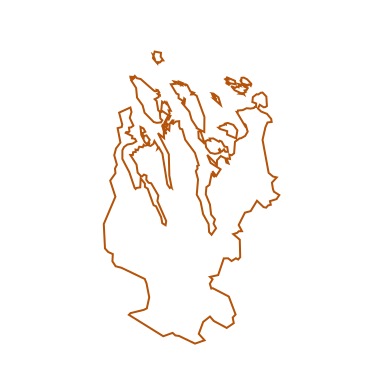 the district of Meløy nor, Nordland, Norway, rotated 72°
{"feature_id": "86288312B75314465532393", "entity_name": "Meløy nor", "entity_type": "district", "adm_level": 2, "iso_a3": "NOR", "parent_name": "Norway", "parent_adm1": "Nordland", "projection": "mercator", "projection_center": [13.563, 66.788], "detail": "fine", "context": "isolated", "style": "outline", "palette": "amber", "viewbox_px": 384, "rotation_deg": 72, "n_neighbors": 0, "source": "geoboundaries", "source_scale": "gbopen_adm2", "svg_char_len": 6043}
<svg xmlns="http://www.w3.org/2000/svg" viewBox="0 0 384 384"><g transform="rotate(72 192 192)"><path d="M195.2,285.8L218.8,292.2L223.2,290.2L226.6,286.5L233.3,289.1L239.0,287.6L242.2,282.6L260.1,263.8L264.9,263.5L278.9,265.2L288.7,270.9L289.2,274.2L288.2,287.9L289.3,290.0L320.3,263.9L320.0,254.0L323.3,252.1L324.9,248.8L337.1,236.0L336.9,225.9L329.0,229.4L319.0,221.5L316.0,213.4L321.3,211.2L332.0,201.0L329.6,192.8L324.0,192.1L322.0,188.4L302.8,189.3L289.9,202.0L289.8,203.5L284.8,203.4L281.3,199.4L278.3,201.1L279.1,192.8L265.0,182.3L266.2,178.2L269.9,175.7L268.6,170.7L270.5,169.0L268.9,166.3L252.1,161.3L244.8,165.8L244.8,161.5L243.8,159.7L244.7,156.6L237.8,157.8L228.0,148.1L228.3,142.1L220.4,132.9L228.5,128.6L229.8,126.3L228.3,123.8L228.5,121.0L224.8,120.7L224.9,113.8L221.9,109.9L217.0,114.0L214.2,114.1L207.8,113.1L204.3,106.9L202.3,110.2L197.5,113.2L164.2,108.8L153.3,102.3L149.2,98.7L150.0,94.6L147.0,94.1L140.9,96.5L136.8,101.4L132.9,103.5L130.0,100.6L133.6,97.6L133.9,96.0L133.4,94.2L124.2,91.8L119.2,94.2L118.9,95.9L119.7,98.8L119.0,100.4L120.6,104.8L125.1,106.8L127.6,103.6L130.9,104.8L130.4,106.1L131.2,107.1L130.8,110.5L129.2,114.2L129.8,118.4L128.7,123.2L130.2,123.9L129.8,124.7L145.4,121.2L144.3,120.5L144.9,120.2L151.8,120.4L155.1,124.1L156.0,128.6L155.7,130.2L157.5,135.6L168.2,140.0L169.3,142.9L167.9,144.9L172.3,145.7L170.9,148.2L171.4,148.8L176.1,148.5L174.7,150.2L170.2,149.9L166.7,153.5L169.5,158.4L173.7,159.9L161.4,166.0L170.1,165.3L179.2,157.8L184.2,164.0L178.5,166.1L184.9,165.8L181.1,167.9L190.7,173.3L191.8,176.8L198.4,179.6L209.4,178.8L219.4,180.8L225.1,178.6L228.8,181.3L233.9,180.3L238.7,186.6L235.3,188.1L227.6,186.1L216.5,188.3L203.8,186.8L196.0,188.3L182.0,182.4L173.3,181.9L171.5,179.5L168.9,179.1L168.7,177.3L155.7,177.1L140.2,182.3L129.3,181.9L128.1,183.8L125.8,183.9L120.7,182.3L120.0,185.5L120.8,187.8L120.6,188.0L120.0,187.6L119.7,187.5L121.4,188.8L120.4,190.0L118.2,187.7L117.8,188.5L120.3,192.2L126.4,194.6L123.9,196.3L126.2,198.7L121.9,198.5L121.6,199.9L126.9,200.1L127.7,198.4L128.2,198.6L127.5,200.7L132.1,201.9L125.5,206.2L149.0,202.4L169.4,208.5L181.4,210.0L180.5,210.4L181.4,210.3L180.9,210.7L181.3,211.9L177.0,213.1L146.4,208.3L139.6,209.7L140.3,211.4L138.8,210.3L131.9,212.0L134.3,213.8L135.4,217.2L134.1,219.0L131.8,216.9L133.6,220.7L133.4,222.6L132.2,223.4L134.2,225.0L132.6,228.2L135.5,230.6L134.2,232.6L136.5,233.1L136.0,235.7L138.5,236.8L137.7,239.2L148.8,236.3L156.8,237.7L161.4,235.5L161.8,234.7L160.6,232.3L162.4,230.2L166.3,231.7L169.7,230.5L171.1,228.1L185.0,225.1L189.9,227.7L211.7,225.5L215.4,227.4L212.5,229.9L206.4,229.1L194.5,230.6L192.7,232.6L175.1,233.1L172.6,235.2L169.4,234.2L163.2,236.6L171.6,239.8L171.0,243.6L171.7,244.7L170.3,245.3L153.8,245.5L139.0,248.0L130.8,245.3L128.2,242.7L126.9,238.8L127.6,233.5L126.6,229.3L123.8,229.8L122.4,232.5L120.4,231.4L115.3,236.8L114.7,236.0L115.4,234.1L115.3,233.0L115.0,232.7L111.3,232.1L111.7,230.1L110.8,227.2L102.3,228.3L97.2,224.8L92.6,224.5L94.0,236.8L106.3,237.5L108.5,238.8L108.3,243.0L122.9,244.8L127.1,250.8L133.0,254.6L142.9,255.0L145.9,258.0L150.5,259.0L155.9,266.3L172.8,266.3L195.2,285.8ZM90.3,192.7L88.8,192.4L89.7,193.1L87.9,194.5L87.3,192.4L84.6,193.0L83.9,194.2L85.0,194.3L85.0,195.7L83.9,196.9L68.7,205.9L66.8,209.2L64.0,210.5L64.8,211.5L63.3,215.0L64.5,215.2L65.4,212.6L64.7,211.8L65.6,211.4L67.0,214.5L65.7,214.9L66.8,215.4L75.8,213.0L85.3,215.1L94.3,212.2L101.9,212.6L113.6,206.8L115.3,204.2L116.2,200.1L114.6,198.1L112.3,199.4L106.5,198.0L106.6,197.3L106.5,196.7L104.0,198.9L94.5,197.5L92.2,198.8L91.5,194.5L89.6,193.6L90.3,192.7ZM124.5,157.0L102.0,157.8L99.7,159.7L99.0,162.7L98.0,161.9L98.3,160.3L98.1,159.6L95.9,162.4L89.0,163.5L87.1,165.2L89.2,164.6L86.4,166.7L87.1,167.8L87.1,168.4L85.9,166.9L83.6,169.6L87.3,168.6L86.8,169.4L84.6,171.9L83.3,171.4L81.3,175.0L84.1,173.9L83.0,178.8L93.6,176.4L95.1,174.6L98.6,175.8L103.4,171.7L100.6,170.5L101.6,169.9L105.4,171.8L103.6,173.0L104.2,174.0L114.8,169.7L123.2,170.0L133.3,167.2L132.2,167.8L132.7,167.9L138.7,161.8L124.5,157.0ZM164.9,145.4L160.2,144.6L158.7,147.1L153.2,148.2L151.8,149.8L152.5,150.8L147.7,155.1L146.6,158.7L148.9,158.8L147.4,161.0L147.9,163.7L154.0,164.8L160.4,162.5L162.8,158.4L163.3,154.8L162.7,153.5L163.9,152.6L160.0,153.3L159.6,152.5L162.3,152.0L162.6,150.8L161.3,148.4L164.0,147.9L164.9,145.4ZM147.4,129.8L141.0,131.9L137.4,136.6L137.2,138.5L138.3,138.9L137.3,140.0L138.1,140.6L138.1,145.2L139.2,145.9L139.0,146.9L140.7,145.9L145.0,139.7L148.2,140.9L154.6,133.5L147.4,129.8ZM108.1,187.1L99.2,188.3L100.1,189.2L97.7,190.0L98.5,191.5L96.9,192.5L106.4,196.7L105.7,195.3L111.7,190.7L118.0,197.2L120.1,197.5L119.0,199.1L119.8,199.8L122.5,196.2L120.0,194.1L119.3,194.8L120.6,196.2L116.5,194.3L113.7,192.0L115.7,191.6L112.9,189.0L111.9,190.6L110.5,189.0L107.2,189.0L108.1,187.1ZM110.5,106.9L107.8,109.8L106.5,109.6L108.4,107.5L107.2,107.7L104.9,110.4L107.0,110.1L104.4,110.8L105.6,111.4L103.7,114.5L105.8,113.6L105.2,114.5L106.8,115.3L105.7,116.6L106.3,118.7L103.4,122.0L108.4,120.0L112.9,115.1L113.2,116.5L114.4,113.9L112.8,114.3L115.3,112.4L113.8,112.5L113.4,109.9L111.7,110.5L111.8,108.5L110.5,106.9ZM50.0,178.5L46.9,184.1L50.1,186.2L49.4,186.7L52.9,186.4L52.0,187.4L52.7,187.8L59.0,185.2L57.8,184.7L58.3,183.3L58.8,184.5L58.8,182.2L57.6,180.3L58.0,178.7L53.7,180.0L50.0,178.5ZM129.4,216.1L124.1,217.8L123.9,220.6L124.8,220.9L124.3,221.3L120.6,220.8L120.3,217.8L116.6,218.5L114.2,220.9L122.2,222.6L130.3,221.4L132.6,219.6L129.4,216.1ZM108.4,102.1L107.1,102.3L101.8,104.8L99.2,107.4L98.7,109.6L101.7,110.8L100.6,111.0L101.1,111.5L104.4,110.7L107.8,105.6L107.2,105.1L107.7,104.0L109.1,103.3L107.9,102.4L108.4,102.1ZM150.2,165.0L136.9,165.1L136.5,167.3L142.8,169.0L150.2,165.0ZM103.1,117.2L99.5,116.8L93.2,124.0L95.3,122.0L96.2,122.4L94.6,123.8L94.9,125.6L100.1,122.5L98.6,125.4L99.3,125.7L101.5,123.7L100.7,121.5L103.1,117.2ZM118.1,137.8L110.2,137.6L105.1,141.2L104.6,142.2L107.6,140.5L105.5,142.6L107.4,142.5L108.2,141.2L109.2,140.1L108.2,142.5L111.5,139.7L110.0,142.6L118.1,137.8Z" fill="none" stroke="#b45309" stroke-width="2"/></g></svg>